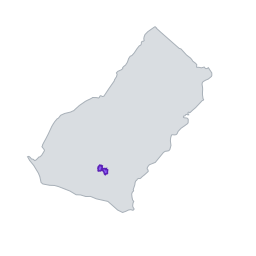 Atiwa East, Eastern, Ghana (highlighted), rotated 42°
{"feature_id": "2480657B7526405183619", "entity_name": "Atiwa East", "entity_type": "district", "adm_level": 2, "iso_a3": "GHA", "parent_name": "Ghana", "parent_adm1": "Eastern", "projection": "natural_earth1", "projection_center": [-0.69, 6.396], "detail": "fine", "context": "in_parent", "style": "filled", "palette": "violet", "viewbox_px": 256, "rotation_deg": 42, "n_neighbors": 0, "source": "geoboundaries", "source_scale": "gbopen_adm2", "svg_char_len": 4462}
<svg xmlns="http://www.w3.org/2000/svg" viewBox="0 0 256 256"><g transform="rotate(42 128 128)"><path d="M153.4,31.0L155.1,32.8L155.5,33.9L154.9,37.9L153.6,40.7L152.8,43.3L152.9,44.6L153.7,45.9L156.3,48.0L157.6,49.3L159.2,51.3L160.9,53.3L164.0,55.9L165.3,56.4L165.3,57.1L164.8,58.1L164.6,67.7L164.3,70.1L164.1,71.4L163.8,75.0L163.5,75.5L162.9,75.4L162.4,75.6L162.3,76.3L162.5,77.0L164.3,77.5L163.9,78.1L162.5,78.6L161.9,79.6L162.2,80.9L161.4,81.9L161.6,82.5L162.1,83.0L162.9,82.8L165.1,81.2L166.0,81.0L167.1,81.4L169.2,83.9L169.3,85.1L168.4,89.3L167.6,92.6L167.5,96.9L168.3,99.4L168.2,100.7L167.3,101.9L165.1,103.6L165.3,104.7L166.3,106.8L168.1,109.2L171.6,112.2L173.5,116.0L173.5,117.6L172.4,119.1L171.2,120.5L170.7,122.5L171.3,135.3L168.5,140.9L168.5,142.5L168.8,144.3L169.5,145.5L171.0,145.8L172.1,146.8L171.7,150.8L171.1,154.8L171.0,156.7L170.7,157.6L169.6,158.4L169.2,159.6L169.4,161.2L169.2,162.3L169.8,163.8L171.1,165.7L173.1,170.3L173.9,170.6L174.3,171.6L174.1,172.6L174.9,174.6L177.1,176.6L179.5,178.4L181.4,178.7L181.9,180.3L183.2,182.3L184.1,183.2L185.6,183.8L186.8,184.1L186.8,185.8L184.6,186.9L183.2,188.7L182.1,191.4L180.5,194.4L175.2,195.9L173.1,195.9L162.2,196.0L151.9,201.8L146.0,203.9L142.4,207.2L137.5,209.5L134.1,212.3L127.0,213.7L115.4,218.1L111.8,219.9L108.1,223.0L102.1,226.6L99.8,226.6L95.1,223.2L91.6,221.5L83.0,218.9L76.5,217.9L73.4,216.8L72.6,216.6L73.3,215.4L75.1,215.3L77.0,215.6L78.4,214.7L80.5,214.6L81.0,213.6L81.2,211.2L81.2,209.2L81.9,208.3L82.1,206.0L81.1,200.8L80.4,200.2L76.6,199.5L76.3,198.5L75.7,197.4L75.0,194.7L74.1,190.8L72.8,185.9L70.3,177.8L69.7,174.9L69.3,172.0L69.2,168.6L69.7,167.3L69.6,165.5L69.4,163.7L71.2,159.6L74.7,154.5L75.4,152.7L76.1,151.4L76.2,149.6L76.8,143.7L78.5,136.6L79.5,134.0L80.2,132.5L81.1,130.1L81.3,129.0L84.5,126.3L86.0,125.5L86.3,124.4L85.8,123.2L86.0,122.4L86.8,122.0L88.0,121.7L88.8,120.5L87.5,111.8L86.4,103.0L86.3,102.3L85.7,101.1L85.1,97.5L84.0,95.4L82.5,94.8L82.5,92.8L84.0,89.4L84.4,87.4L83.7,86.9L83.6,85.3L84.1,82.8L83.8,81.3L83.6,79.7L82.0,75.9L81.6,73.2L82.4,71.6L82.4,68.1L81.6,62.8L81.4,59.4L82.0,58.0L81.7,56.7L80.6,55.4L80.5,54.2L81.5,53.0L81.4,52.0L80.2,51.3L79.1,49.7L78.1,47.1L78.3,42.9L80.1,35.2L80.4,34.6L82.4,34.6L82.4,34.9L88.9,34.9L96.2,34.8L105.0,34.7L112.9,34.6L113.3,34.3L114.6,33.8L122.6,34.6L127.7,34.2L129.8,34.5L131.3,35.0L134.8,34.7L136.7,34.9L138.1,36.8L138.6,36.8L139.4,36.0L140.8,35.0L142.2,34.3L143.2,32.8L143.8,31.7L144.8,31.9L146.1,31.8L147.0,30.9L147.3,29.4L153.4,31.0Z" fill="#d9dde1" stroke="#a8b0b8" stroke-width="1"/><path d="M139.5,173.2L139.4,173.3L139.3,173.5L139.3,173.8L139.2,173.8L139.1,173.7L139.0,173.3L139.0,173.2L138.9,173.2L138.7,173.0L138.7,172.9L138.6,173.0L138.6,173.3L138.4,173.5L138.2,173.7L138.1,173.8L138.0,173.7L137.9,173.7L137.9,173.8L137.8,174.0L137.7,174.0L137.4,174.2L137.4,174.3L137.1,174.4L137.0,174.5L137.0,174.8L137.0,175.0L136.9,175.2L136.9,175.3L136.9,175.5L136.8,175.8L136.7,175.8L136.6,176.0L136.5,176.3L136.4,176.3L136.5,176.4L136.4,176.4L136.4,176.5L136.3,176.8L136.3,177.0L136.2,177.1L136.1,176.9L136.1,176.7L136.0,176.4L135.9,176.3L135.9,176.2L135.7,175.9L135.8,175.4L135.8,175.2L135.6,175.1L135.5,174.9L135.4,174.7L135.2,174.6L135.0,174.4L134.9,174.3L134.7,174.2L134.6,173.9L134.4,173.9L134.4,174.0L134.2,174.0L134.0,174.3L133.3,174.2L133.5,173.6L133.3,173.7L133.2,173.7L133.2,173.8L133.2,174.0L132.9,174.0L132.8,173.9L132.5,174.1L132.5,174.3L132.4,174.3L132.2,174.3L131.9,174.4L131.8,174.5L131.9,174.8L131.8,175.0L131.8,175.3L131.8,175.5L131.9,175.8L131.9,176.1L132.0,176.2L132.1,176.3L131.9,176.5L131.9,176.8L131.9,177.0L132.0,177.1L132.2,177.3L132.4,177.5L132.5,177.5L132.5,178.0L132.8,178.3L133.0,178.4L133.3,178.5L133.5,178.7L133.8,179.0L134.0,179.1L134.1,179.3L134.4,179.4L134.5,179.5L134.5,179.8L134.8,179.8L134.9,179.6L134.9,179.4L135.4,178.9L135.7,178.8L136.0,178.7L136.2,178.4L136.4,177.7L136.6,177.4L136.7,177.2L137.0,176.9L137.3,176.6L137.7,176.7L138.1,176.5L138.5,176.4L138.9,176.6L139.9,177.0L140.3,177.3L140.7,177.5L140.9,177.7L141.4,177.8L141.5,177.9L141.8,177.7L142.1,177.8L142.3,177.8L142.3,177.7L142.4,177.4L142.3,177.2L142.2,177.2L142.3,177.2L142.2,177.2L142.2,177.3L142.1,177.2L142.1,176.9L142.2,176.7L142.3,176.5L142.4,176.4L142.6,176.2L142.8,176.0L143.0,176.0L143.1,175.5L142.7,175.1L142.3,174.7L142.2,174.5L142.0,174.3L141.9,174.2L141.5,173.6L141.3,173.3L141.1,173.0L140.8,172.7L140.5,172.9L140.3,173.0L139.6,173.4L139.5,173.2Z" fill="#8b5cf6" stroke="#5b21b6" stroke-width="1.5"/></g></svg>